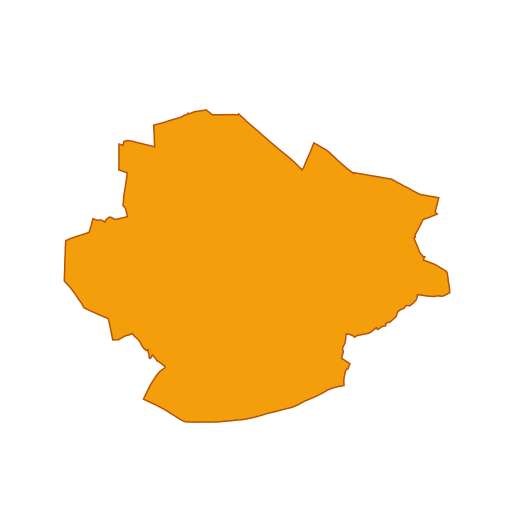 Chau Thanh, Can Tho, Vietnam, rotated 165°
{"feature_id": "81297802B15585210216113", "entity_name": "Chau Thanh", "entity_type": "district", "adm_level": 2, "iso_a3": "VNM", "parent_name": "Vietnam", "parent_adm1": "Can Tho", "projection": "natural_earth1", "projection_center": [105.82, 10.223], "detail": "fine", "context": "isolated", "style": "filled", "palette": "amber", "viewbox_px": 512, "rotation_deg": 165, "n_neighbors": 0, "source": "geoboundaries", "source_scale": "gbopen_adm2", "svg_char_len": 5426}
<svg xmlns="http://www.w3.org/2000/svg" viewBox="0 0 512 512"><g transform="rotate(165 256 256)"><path d="M353.9,400.9L355.7,397.3L359.4,399.6L360.7,395.0L365.8,375.7L366.3,374.7L358.9,369.7L359.1,369.1L360.5,365.4L362.0,362.0L365.6,353.8L367.5,349.7L369.0,345.8L370.0,343.0L370.4,341.7L370.7,341.3L370.9,341.0L371.1,340.6L371.2,340.1L371.3,339.3L371.3,338.8L371.0,338.3L370.3,337.2L370.0,336.6L369.9,335.9L369.8,331.7L369.9,327.5L370.0,327.2L371.0,327.3L375.6,327.4L380.2,327.6L382.3,327.8L382.6,328.0L383.3,328.2L384.8,329.9L385.9,330.8L386.3,331.0L386.8,331.3L387.3,331.4L387.7,331.5L388.0,331.4L388.6,331.2L390.8,330.1L391.9,329.5L392.3,329.1L392.7,328.6L392.9,327.8L393.1,327.8L393.5,328.1L394.2,328.9L394.9,329.7L395.6,330.3L396.3,330.8L397.7,331.3L399.0,331.4L400.4,331.8L400.8,332.0L401.6,332.6L403.8,334.3L407.6,327.5L408.2,326.6L408.6,326.1L411.2,322.0L423.1,321.4L431.9,320.8L433.7,320.4L435.4,320.2L435.8,320.0L438.2,312.9L439.6,307.8L441.7,301.4L443.5,295.1L443.9,293.8L444.9,290.5L446.7,284.8L447.6,281.4L447.3,280.7L444.1,274.8L441.3,268.2L440.2,265.2L439.3,262.6L438.5,260.0L436.7,255.3L436.5,254.6L436.4,254.3L436.1,252.7L435.9,251.3L435.2,250.2L434.9,249.9L432.5,247.8L429.9,245.7L424.6,241.4L423.9,240.8L422.4,239.6L419.6,237.4L415.5,234.2L414.8,233.2L415.3,224.7L415.5,221.3L415.6,219.8L416.1,212.0L413.4,211.4L410.5,210.7L407.6,211.5L403.9,212.5L399.5,212.8L399.4,212.8L399.0,212.5L398.9,212.5L398.6,212.6L398.2,213.0L397.9,213.1L397.7,213.1L397.3,213.0L396.9,212.9L396.6,213.0L395.5,213.1L394.2,209.9L393.6,209.1L393.1,208.2L392.2,207.1L390.7,204.3L389.9,201.0L389.3,198.6L389.1,197.7L388.7,196.6L387.9,195.2L387.3,194.3L386.6,193.1L386.2,193.1L385.3,193.5L385.1,193.5L384.3,193.4L384.8,192.6L385.0,192.0L384.9,190.8L384.9,188.8L385.1,187.3L385.4,185.3L385.4,184.9L385.1,184.5L384.7,184.4L383.1,185.6L382.6,186.3L382.2,186.8L381.9,187.1L381.6,187.1L381.4,187.0L379.0,181.6L378.8,180.3L378.7,180.0L378.1,179.9L377.7,179.7L376.9,178.6L375.3,176.7L374.9,176.3L374.7,176.1L374.6,175.7L374.4,175.2L374.2,174.9L374.1,174.7L372.6,173.1L372.6,172.2L372.8,171.7L373.0,171.5L376.0,170.5L378.6,169.4L382.8,166.6L391.6,158.6L401.8,146.9L395.8,141.8L391.2,138.1L382.9,130.2L377.6,124.4L374.4,120.9L370.3,116.6L368.9,115.4L366.6,113.9L366.0,113.7L365.2,113.5L360.6,112.1L355.2,110.6L349.7,109.3L344.2,107.7L339.3,106.5L337.7,106.1L333.6,105.2L328.4,104.4L323.3,103.4L318.4,102.7L315.3,102.2L313.1,101.7L308.4,101.1L302.2,100.8L296.1,100.6L290.6,100.8L285.4,101.0L277.6,100.7L270.2,100.7L260.5,100.5L254.2,101.3L247.1,103.1L235.0,104.8L226.5,106.6L221.7,108.0L215.8,108.6L209.8,108.6L204.5,108.1L203.7,111.9L202.7,115.1L200.0,120.5L199.0,122.0L198.2,122.9L197.8,123.3L197.4,123.3L197.0,123.1L196.8,123.0L196.5,123.1L193.6,127.0L193.1,127.6L195.9,130.7L198.9,134.2L199.2,134.5L199.5,134.9L199.6,135.3L199.6,135.7L199.4,136.0L198.0,138.2L196.8,140.2L196.3,141.2L196.3,141.7L196.5,143.3L196.4,144.0L196.1,144.6L195.7,145.3L193.0,148.4L192.6,148.8L192.3,149.6L190.9,152.5L190.0,155.0L189.4,157.0L189.2,157.2L188.9,157.2L188.3,157.0L187.7,156.7L186.6,156.5L185.9,156.2L185.7,156.1L185.3,155.8L184.4,154.7L184.1,154.6L183.8,154.5L183.3,154.4L183.0,153.9L182.4,152.7L182.0,152.2L181.7,152.1L181.2,152.2L179.3,152.9L178.9,153.0L178.0,152.9L171.8,152.5L167.5,152.3L166.2,152.4L165.1,152.6L163.1,153.5L162.7,153.7L158.3,155.6L158.3,155.3L158.0,154.3L157.9,154.0L157.7,153.7L157.3,153.5L157.0,153.5L156.5,153.7L153.2,154.9L152.1,155.4L151.4,155.3L150.5,155.1L149.5,154.9L149.3,154.9L149.0,155.0L148.6,155.5L148.3,156.0L148.2,156.3L148.1,156.7L148.1,157.0L147.9,157.0L147.6,157.1L147.4,157.1L147.2,157.2L146.2,157.9L145.8,157.9L145.7,157.9L145.5,157.7L145.0,157.6L144.6,157.3L144.3,157.3L143.0,157.8L140.6,159.1L138.5,160.0L136.4,161.3L135.5,162.5L134.7,163.8L133.9,165.0L132.8,165.8L131.2,166.3L129.7,167.0L128.6,166.9L127.5,167.1L126.7,167.1L125.5,168.1L124.0,169.1L122.1,168.8L120.3,168.1L118.5,168.8L115.5,170.2L112.4,172.4L111.5,173.6L110.8,174.9L110.2,176.8L109.3,176.5L106.2,175.3L103.4,174.1L102.3,173.5L99.8,172.6L97.3,171.7L94.9,170.9L93.4,170.6L92.1,170.6L90.7,170.4L89.0,169.7L87.6,169.2L85.2,168.9L83.3,169.2L80.8,169.9L78.3,170.4L77.2,176.4L76.8,181.7L76.3,184.7L75.7,189.8L75.9,191.7L80.0,196.0L84.2,200.5L85.4,201.6L89.7,204.7L93.4,207.4L95.3,208.6L94.2,210.8L93.1,211.4L95.2,212.8L95.6,214.3L96.8,216.7L97.2,219.3L97.4,222.1L98.3,228.8L98.7,232.6L97.1,233.0L97.1,234.9L89.6,242.9L85.2,248.0L79.8,248.4L70.0,249.6L71.6,252.1L68.7,257.2L64.4,265.0L68.7,267.0L73.7,269.3L78.5,271.6L82.0,273.3L88.6,279.4L91.7,282.6L94.5,284.9L98.5,288.8L100.0,290.0L104.2,294.3L105.3,295.2L140.0,311.2L140.3,310.4L145.1,316.5L149.4,322.9L152.1,326.9L155.5,332.5L159.0,338.1L160.9,340.5L162.5,342.1L163.2,342.7L170.8,350.3L177.1,341.8L181.3,336.7L187.0,329.3L188.7,327.7L189.2,327.2L195.0,337.3L199.6,344.0L201.3,346.3L207.0,354.2L211.0,360.1L211.6,360.9L219.1,372.0L221.0,375.0L231.0,389.5L231.0,390.0L234.2,394.9L236.0,397.8L236.6,397.2L237.5,397.1L241.2,398.5L243.9,399.1L249.0,400.4L261.6,403.7L263.7,406.6L266.4,410.1L269.5,410.3L278.3,411.3L282.7,410.7L283.6,410.7L284.2,411.2L284.5,411.5L285.2,411.5L285.6,411.1L286.1,410.6L286.6,410.3L287.0,410.3L287.7,410.4L288.3,410.6L288.9,410.7L289.9,410.2L291.1,409.7L292.6,409.6L296.3,409.4L305.0,409.2L310.7,408.8L321.0,408.9L321.7,405.4L322.9,399.8L325.0,390.8L325.6,387.7L343.5,397.5L344.9,398.5L350.1,400.8L353.9,400.9Z" fill="#f59e0b" stroke="#b45309" stroke-width="1.5"/></g></svg>